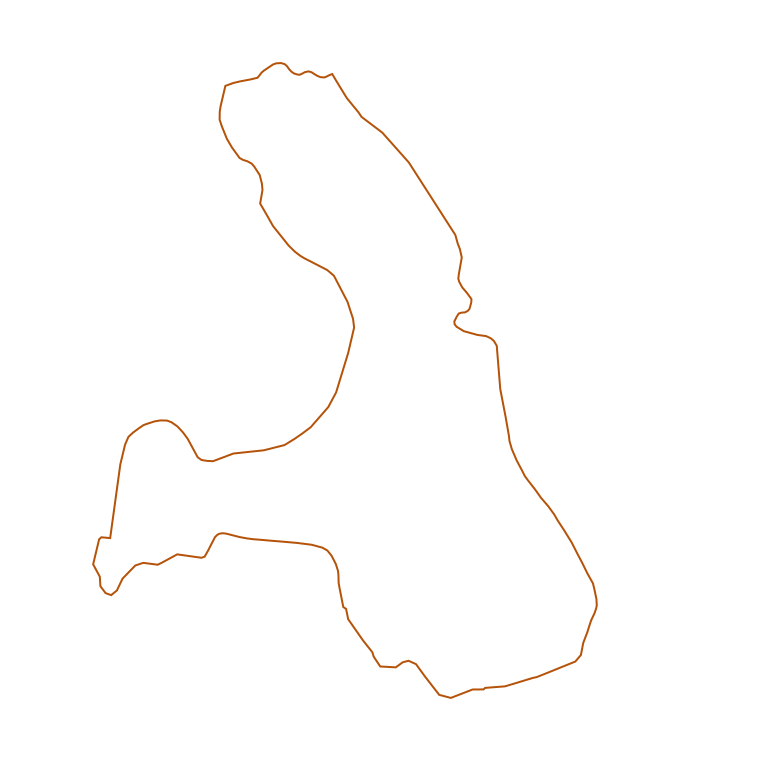 San Pedro Sacatepéquez, San Marcos, Guatemala (Albers equal-area conic projection), rotated 191°
{"feature_id": "79465075B62908040243136", "entity_name": "San Pedro Sacatepéquez", "entity_type": "district", "adm_level": 2, "iso_a3": "GTM", "parent_name": "Guatemala", "parent_adm1": "San Marcos", "projection": "albers", "projection_center": [-91.752, 14.957], "detail": "fine", "context": "isolated", "style": "outline", "palette": "amber", "viewbox_px": 768, "rotation_deg": 191, "n_neighbors": 0, "source": "geoboundaries", "source_scale": "gbopen_adm2", "svg_char_len": 2708}
<svg xmlns="http://www.w3.org/2000/svg" viewBox="0 0 768 768"><g transform="rotate(191 384 384)"><path d="M596.6,646.4L597.4,625.6L597.2,620.0L595.8,612.1L592.3,605.9L585.0,594.7L578.5,587.3L568.9,578.3L565.2,577.1L560.8,576.6L556.0,575.1L553.0,572.8L545.8,565.3L542.0,557.2L540.3,551.2L540.0,537.5L531.8,528.1L523.0,517.8L503.9,501.6L496.6,496.8L490.7,493.9L486.1,492.2L461.4,485.0L453.8,480.7L435.5,457.7L426.8,442.0L424.1,433.7L425.1,407.5L429.4,366.6L434.3,350.7L447.7,327.6L454.4,320.2L461.3,313.1L470.0,305.1L489.3,296.0L518.6,287.0L537.1,275.6L542.7,274.8L548.6,274.6L552.9,276.5L566.3,292.8L572.3,298.3L578.8,303.0L585.3,305.9L590.1,306.7L596.5,305.6L602.1,303.5L608.3,300.1L612.2,297.8L616.6,293.3L621.1,288.4L624.8,283.3L626.6,275.1L627.5,254.8L623.4,180.5L632.2,179.6L634.0,177.2L635.1,151.5L626.2,140.6L623.8,131.4L617.4,125.6L611.5,124.7L606.8,130.4L603.5,143.1L593.5,158.4L586.2,162.5L571.7,163.4L568.2,166.0L554.5,177.3L530.0,178.6L527.1,180.3L524.7,187.5L523.4,192.2L521.7,197.9L520.7,201.4L519.0,203.9L517.3,205.5L514.0,206.7L511.0,207.0L508.2,206.9L503.5,206.6L496.5,206.2L488.7,206.3L482.6,206.7L475.7,207.5L466.0,208.5L452.5,210.0L439.0,211.4L424.4,212.4L413.3,211.6L407.9,209.8L402.7,205.4L397.0,198.2L393.5,191.8L392.3,187.9L390.6,180.2L388.7,175.2L381.4,157.3L378.3,156.0L374.3,146.3L355.6,128.2L344.2,118.4L342.1,114.4L333.8,106.0L318.4,108.1L312.5,114.4L307.1,117.0L299.1,115.1L288.1,104.8L270.5,89.4L258.5,88.6L238.8,101.0L228.0,103.2L226.7,105.0L207.5,110.3L182.0,123.8L178.2,125.4L143.3,148.0L139.0,155.5L139.0,168.0L137.0,179.4L136.5,184.0L136.0,188.3L135.5,191.7L134.7,194.9L133.6,199.2L132.9,204.6L132.9,207.3L134.4,213.3L137.9,221.7L140.8,228.1L148.3,237.0L155.5,246.5L161.0,253.3L169.6,264.3L179.2,274.7L187.8,283.5L191.9,288.3L199.5,295.4L207.9,302.0L215.7,309.4L224.3,316.9L228.3,320.6L231.1,324.3L239.2,334.3L246.1,344.5L249.9,351.9L251.5,357.0L258.3,374.8L268.9,401.2L280.6,443.0L284.3,447.2L288.0,449.3L292.9,450.5L301.6,450.0L315.8,451.1L323.6,454.0L326.0,456.0L326.9,458.8L325.5,463.8L324.1,467.4L321.6,468.8L318.1,469.8L315.8,471.7L314.5,473.8L314.2,476.4L313.9,480.9L314.4,484.1L320.5,489.7L325.6,493.7L329.6,498.6L331.2,501.7L331.5,506.4L331.8,523.0L335.2,530.8L338.3,535.7L342.4,543.9L401.9,606.2L433.6,630.4L457.0,641.9L461.0,645.9L475.0,657.5L488.0,671.7L494.0,678.4L497.2,676.3L499.3,674.6L501.2,673.5L504.8,673.1L508.1,673.7L510.9,674.7L514.6,676.2L517.7,676.5L521.2,675.0L523.2,673.3L525.9,671.4L528.4,671.3L531.7,671.7L534.4,672.9L537.2,674.9L539.9,677.5L542.4,679.0L546.2,679.4L551.0,678.2L554.0,676.4L561.7,668.7L563.6,666.3L564.7,664.0L566.6,660.5L572.9,657.6L583.0,653.6L589.2,650.8L596.6,646.4Z" fill="none" stroke="#b45309" stroke-width="2"/></g></svg>